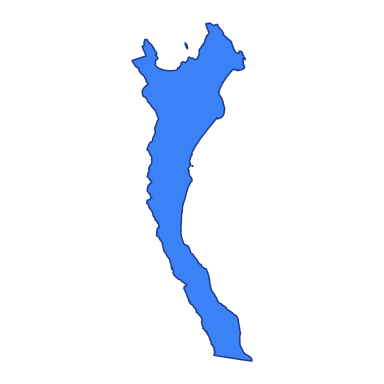 Yarrabah, Queensland, Australia
{"feature_id": "25037944B68165922230856", "entity_name": "Yarrabah", "entity_type": "district", "adm_level": 2, "iso_a3": "AUS", "parent_name": "Australia", "parent_adm1": "Queensland", "projection": "natural_earth1", "projection_center": [145.904, -17.017], "detail": "fine", "context": "isolated", "style": "filled", "palette": "blue", "viewbox_px": 384, "rotation_deg": 0, "n_neighbors": 0, "source": "geoboundaries", "source_scale": "gbopen_adm2", "svg_char_len": 5923}
<svg xmlns="http://www.w3.org/2000/svg" viewBox="0 0 384 384"><path d="M251.7,361.0L251.7,358.7L250.1,357.0L244.8,353.7L243.1,351.7L242.2,349.1L240.8,346.9L239.9,344.1L239.7,336.2L240.2,334.5L240.4,332.3L239.8,331.0L239.6,327.9L239.3,327.2L238.1,319.3L237.3,317.1L236.1,315.6L233.9,314.4L232.2,312.7L230.3,311.5L229.5,310.6L227.9,310.1L226.8,308.8L226.2,307.7L224.2,306.1L221.8,304.6L221.5,303.9L219.5,303.2L218.4,302.3L215.8,296.8L215.1,296.1L214.6,294.6L212.1,291.4L210.9,288.1L209.8,283.0L209.6,280.3L208.6,275.2L206.2,268.9L204.0,268.1L202.1,266.7L201.2,264.7L198.8,263.4L197.1,260.0L195.1,257.9L193.1,254.6L191.0,253.0L190.0,250.9L189.7,249.2L188.6,247.0L187.6,245.8L185.1,244.7L183.7,243.7L181.3,236.4L181.0,234.3L180.9,225.7L181.2,224.8L181.5,214.9L182.1,212.3L182.6,206.1L184.4,200.2L184.9,199.1L186.3,193.1L187.2,190.7L187.9,187.7L190.7,182.1L192.0,181.0L191.9,179.1L191.5,178.1L189.7,175.8L189.0,173.1L188.6,170.9L189.0,170.4L188.2,170.0L188.1,169.3L188.4,168.2L190.1,165.5L190.1,164.6L190.6,163.8L190.5,163.4L189.9,163.2L189.5,162.2L189.5,161.5L191.2,155.6L191.7,154.8L192.2,154.6L191.8,153.8L191.9,152.6L195.2,146.5L200.7,138.3L207.6,129.3L216.9,118.0L217.1,118.0L217.5,118.8L219.8,118.2L222.2,116.8L223.4,114.9L224.1,113.1L224.2,110.4L224.5,110.1L224.6,108.0L223.5,104.5L223.5,103.9L223.2,103.1L223.2,102.1L222.5,101.0L222.0,98.9L218.8,93.8L219.1,91.3L220.3,87.8L222.8,82.8L226.7,76.9L232.7,69.6L233.6,69.9L234.0,69.2L234.7,69.1L235.5,69.8L237.0,69.7L237.2,70.5L237.6,70.6L238.0,70.2L238.8,70.5L240.0,70.0L241.2,69.9L243.9,68.5L244.4,67.5L244.6,66.5L243.1,63.6L243.3,62.4L243.0,61.6L243.3,61.6L242.8,60.5L242.6,59.3L243.4,58.6L244.4,59.1L244.7,59.6L245.0,59.6L245.3,58.6L244.9,58.0L243.9,57.0L243.5,55.6L242.5,55.3L242.8,53.4L241.9,52.7L241.8,51.9L241.2,51.3L239.3,51.2L239.0,51.7L239.3,52.6L238.7,53.2L237.1,53.1L236.0,52.7L234.8,50.9L233.4,47.9L231.6,43.1L231.6,42.1L230.9,41.8L230.8,41.1L230.0,40.5L229.5,40.4L229.0,39.6L228.4,39.5L227.2,38.1L226.3,37.6L226.0,37.0L225.0,36.5L224.5,35.6L223.9,35.5L223.5,34.6L223.5,33.1L222.9,33.0L222.7,31.9L222.2,31.0L218.9,27.6L217.8,25.0L217.1,24.5L216.3,24.5L214.1,25.4L212.3,24.9L211.1,23.8L209.4,23.0L207.7,23.7L206.1,23.5L205.9,24.4L206.3,25.2L206.7,27.3L208.3,31.0L209.0,32.2L209.1,33.3L207.2,35.5L206.6,35.8L206.6,36.4L206.0,37.5L205.6,39.1L204.9,40.3L204.8,41.6L204.4,42.0L204.2,43.1L203.9,43.2L203.8,43.6L203.5,43.6L203.0,44.6L202.1,45.5L200.9,47.6L199.4,49.5L199.2,49.8L199.3,53.6L198.4,56.3L197.6,57.3L197.5,58.7L197.2,58.8L197.4,59.2L197.1,59.4L196.4,59.3L194.8,59.7L193.1,58.1L191.6,58.4L190.0,57.3L188.9,57.2L188.1,58.0L187.9,60.0L186.1,62.2L185.5,62.6L184.5,62.5L183.9,61.8L183.3,61.7L181.6,62.4L181.0,63.3L181.1,64.5L180.5,65.4L180.2,66.4L179.8,66.6L179.5,66.9L179.3,68.1L179.1,68.2L178.3,67.9L177.6,68.0L177.5,69.3L177.1,69.9L175.4,70.4L171.1,70.8L166.1,70.5L162.8,69.8L160.4,68.8L160.0,68.8L156.1,66.7L155.2,63.9L155.7,62.7L155.3,62.1L155.3,61.2L155.9,60.1L157.2,59.5L157.9,58.2L156.4,55.6L155.6,55.2L156.1,55.1L156.6,54.4L156.7,52.7L155.3,51.1L154.1,49.0L153.9,48.2L153.2,47.5L151.9,45.2L149.5,43.0L148.3,41.5L147.5,40.4L147.4,39.8L145.8,39.4L144.9,39.5L144.8,40.4L144.2,41.5L144.0,42.4L144.0,43.4L144.5,44.9L143.1,46.0L142.2,46.2L146.1,56.0L132.3,60.4L132.3,61.5L135.4,66.1L137.3,67.6L138.2,67.6L139.1,70.6L140.3,72.3L140.4,72.7L141.3,73.8L142.3,74.4L142.3,74.6L142.7,74.8L144.1,76.2L144.7,77.0L145.0,78.3L146.0,79.5L146.1,81.2L147.2,82.7L148.5,83.6L148.1,84.3L146.7,85.2L144.4,87.3L143.0,89.4L142.2,91.6L142.7,95.0L143.1,96.1L144.0,96.8L146.0,97.6L147.8,101.7L150.7,104.8L152.0,107.1L155.5,110.9L157.4,116.1L158.8,118.7L157.2,121.1L156.1,125.1L155.7,126.2L154.7,127.9L155.0,130.5L155.4,131.5L154.9,133.9L154.3,135.3L153.5,136.6L152.6,139.2L152.6,141.0L150.1,142.5L148.5,144.8L148.2,146.6L147.1,148.7L147.1,149.7L147.7,150.5L148.6,150.9L149.3,152.3L149.6,153.6L150.5,155.4L151.5,156.5L151.8,157.6L151.5,159.7L151.9,161.5L151.4,164.0L149.0,167.2L148.7,169.2L149.0,169.9L148.9,171.2L148.7,172.0L148.0,172.7L148.1,173.8L147.2,176.6L147.4,177.1L148.2,177.4L148.9,178.2L149.3,178.9L149.8,179.4L150.1,180.3L151.1,180.8L151.7,182.8L151.2,183.2L150.0,183.3L149.6,184.6L148.1,185.3L148.2,186.2L147.3,188.9L147.2,190.7L147.4,191.3L148.8,192.9L149.0,193.5L150.3,194.7L150.5,196.2L151.1,197.6L151.7,198.0L150.0,198.8L149.3,199.8L147.4,200.2L146.9,201.4L146.9,202.5L146.7,203.3L148.3,204.4L148.8,206.5L149.2,206.6L149.3,207.7L150.0,209.0L151.8,210.8L153.1,215.0L153.2,216.1L154.0,216.8L155.0,218.7L155.2,219.9L155.8,220.6L156.8,221.0L157.0,221.9L157.6,222.1L157.7,223.2L158.3,223.7L159.2,227.1L157.6,228.1L157.1,229.4L156.5,235.4L157.1,236.2L158.5,236.6L160.3,240.2L162.0,242.2L163.2,247.7L163.5,248.2L163.4,249.0L164.5,252.0L165.7,253.1L166.5,255.2L169.6,259.4L170.2,261.2L170.2,262.1L171.1,264.9L171.4,267.4L172.4,267.8L171.8,268.2L171.5,268.7L173.5,270.7L173.7,271.5L173.0,272.5L173.6,274.1L173.9,274.2L174.0,274.7L174.9,276.0L178.8,279.5L179.9,279.6L181.1,280.4L182.3,281.9L183.2,281.9L184.8,283.7L187.0,284.7L186.3,286.0L185.5,286.4L184.9,286.2L184.5,286.3L184.0,287.5L184.0,288.7L185.0,290.9L186.2,292.8L187.1,295.9L188.6,299.3L188.5,300.4L189.4,301.9L190.2,302.1L190.2,303.2L190.5,303.8L191.7,304.7L192.3,304.9L193.8,306.7L194.0,307.4L195.4,308.6L195.9,309.5L196.4,312.4L197.0,312.2L197.6,312.8L198.6,314.5L199.8,315.6L200.2,315.8L202.2,319.4L201.4,322.0L201.9,322.8L202.1,324.9L203.2,327.5L202.8,328.3L204.2,329.3L204.7,330.3L205.7,330.7L205.7,331.2L206.0,331.1L206.7,331.9L206.6,333.2L207.1,333.7L207.7,333.6L208.2,335.6L209.0,336.5L210.3,340.4L210.8,341.0L211.4,344.4L212.6,345.2L213.5,347.4L214.7,348.2L214.0,350.4L214.6,351.0L215.1,352.3L214.0,353.9L214.4,355.0L214.2,355.3L241.7,359.7L251.7,361.0ZM187.3,46.2L186.9,44.9L186.3,44.6L185.8,43.5L185.3,43.1L185.2,44.7L185.9,45.7L186.3,47.3L187.2,48.6L187.6,47.9L187.2,47.0L187.3,46.2ZM191.8,165.8L192.6,166.3L192.8,166.2L192.4,165.7L191.8,165.8Z" fill="#3b82f6" stroke="#1e3a8a" stroke-width="1.5"/></svg>